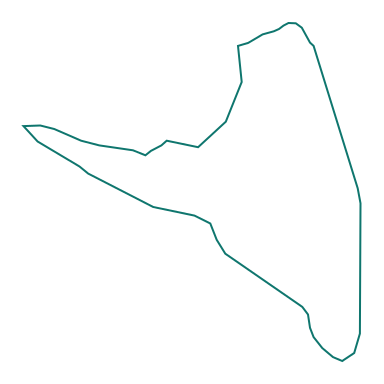 the border of Andjouân
{"feature_id": "COM-4936", "entity_name": "Andjouân", "entity_type": "state/province", "adm_level": 1, "iso_a3": "COM", "parent_name": "Comoros", "parent_adm1": "", "projection": "mercator", "projection_center": [44.402, -12.222], "detail": "fine", "context": "isolated", "style": "outline", "palette": "teal", "viewbox_px": 384, "rotation_deg": 0, "n_neighbors": 0, "source": "natural_earth", "source_scale": "10m", "svg_char_len": 635}
<svg xmlns="http://www.w3.org/2000/svg" viewBox="0 0 384 384"><path d="M360.5,203.3L359.9,333.6L354.2,353.0L342.2,361.0L333.0,357.1L322.3,348.1L313.6,337.1L310.0,327.8L308.0,314.5L302.3,306.9L225.3,253.7L216.7,239.8L210.3,223.5L194.5,215.6L153.2,207.0L88.2,173.6L79.5,166.5L37.6,141.5L23.5,126.1L40.3,125.5L54.2,129.0L81.1,140.7L99.3,145.4L133.0,150.3L145.4,155.3L150.9,150.9L161.4,145.4L166.7,140.7L198.1,147.2L225.8,121.7L241.7,82.0L238.0,45.9L248.2,42.9L262.6,34.4L273.8,31.3L279.0,29.0L283.5,25.6L288.5,23.0L295.8,23.3L301.8,27.7L310.0,42.6L313.6,45.9L357.7,188.3L360.5,203.3Z" fill="none" stroke="#0f766e" stroke-width="2"/></svg>